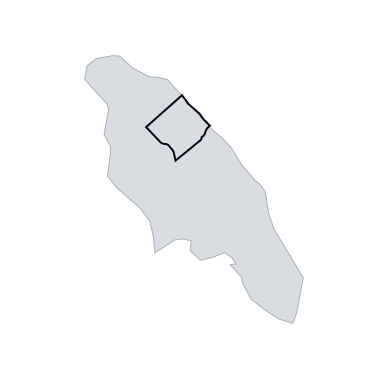 Trelawny highlighted on a map of Jamaica, rotated 40°
{"feature_id": "JAM-1375", "entity_name": "Trelawny", "entity_type": "Parish", "adm_level": 1, "iso_a3": "JAM", "parent_name": "Jamaica", "parent_adm1": "", "projection": "robinson", "projection_center": [-77.552, 18.351], "detail": "fine", "context": "in_parent", "style": "outline", "palette": "ink", "viewbox_px": 384, "rotation_deg": 40, "n_neighbors": 0, "source": "natural_earth", "source_scale": "10m", "svg_char_len": 1164}
<svg xmlns="http://www.w3.org/2000/svg" viewBox="0 0 384 384"><g transform="rotate(40 192 192)"><path d="M194.0,132.9L212.5,139.2L231.6,142.4L239.8,142.6L247.6,144.6L265.0,159.6L279.1,167.8L332.3,186.2L350.2,217.9L353.5,227.8L339.8,233.6L322.4,235.7L305.9,236.0L290.6,229.9L283.9,225.3L268.0,223.1L271.9,218.8L264.9,216.8L256.0,217.3L249.5,229.4L242.2,239.0L228.3,238.1L222.9,229.9L215.6,233.6L209.7,239.7L202.6,262.4L191.3,251.1L178.9,241.7L163.3,237.8L131.9,237.1L117.1,234.1L104.8,214.9L100.0,209.4L87.6,204.4L75.2,182.4L70.8,179.3L37.4,174.7L30.5,162.6L32.6,151.7L43.7,138.4L49.1,134.5L67.7,135.1L85.3,131.1L93.1,125.4L101.2,121.6L165.2,131.2L179.9,131.3L194.0,132.9Z" fill="#d9dde1" stroke="#a8b0b8" stroke-width="1"/><path d="M122.1,124.3L132.9,126.9L147.6,127.2L154.1,128.9L163.1,129.7L163.0,130.0L162.7,133.5L162.8,134.9L164.6,139.9L164.7,141.1L164.6,142.1L164.2,143.2L164.2,143.9L164.4,144.3L165.2,145.4L165.2,146.2L165.2,147.1L159.2,178.5L152.4,173.3L150.2,172.3L149.7,172.3L143.9,171.3L143.1,171.3L142.2,171.6L141.1,172.1L139.4,173.3L138.5,173.6L136.6,174.2L115.1,171.8L122.1,124.6L122.1,124.3Z" fill="none" stroke="#020617" stroke-width="2"/></g></svg>